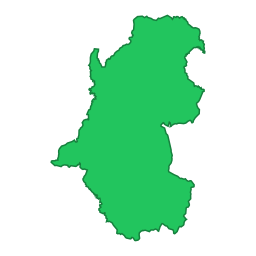 Mezquital del Oro, Zacatecas, Mexico (Natural Earth projection)
{"feature_id": "50627088B62290449256091", "entity_name": "Mezquital del Oro", "entity_type": "district", "adm_level": 2, "iso_a3": "MEX", "parent_name": "Mexico", "parent_adm1": "Zacatecas", "projection": "natural_earth1", "projection_center": [-103.336, 21.194], "detail": "fine", "context": "isolated", "style": "filled", "palette": "green", "viewbox_px": 256, "rotation_deg": 0, "n_neighbors": 0, "source": "geoboundaries", "source_scale": "gbopen_adm2", "svg_char_len": 5728}
<svg xmlns="http://www.w3.org/2000/svg" viewBox="0 0 256 256"><path d="M185.7,213.5L186.2,207.9L186.6,207.4L188.3,207.0L189.3,205.3L189.3,204.2L188.4,201.3L190.7,198.8L190.6,195.4L190.9,194.0L190.4,192.3L191.1,189.4L190.9,188.1L191.4,187.3L193.7,186.9L194.0,186.6L194.1,184.8L191.2,180.9L190.0,180.7L189.0,181.3L188.2,181.2L186.7,180.4L185.4,178.8L184.0,179.2L181.4,178.3L180.6,178.5L179.6,178.1L177.7,176.3L174.0,174.7L168.7,171.7L168.5,170.6L169.0,167.9L168.8,166.6L169.4,165.2L171.1,163.0L171.9,160.3L172.0,158.6L171.7,157.9L172.2,155.3L171.1,151.6L171.1,150.0L167.9,136.0L167.5,135.0L166.1,133.6L164.6,128.1L161.0,126.2L161.1,124.8L163.2,122.7L164.2,123.3L164.1,123.7L165.0,124.6L168.1,126.2L169.3,122.2L170.1,122.8L170.5,125.3L170.2,126.6L171.1,126.3L172.0,125.2L174.9,123.7L176.8,123.9L178.0,123.3L179.7,123.2L183.7,123.6L185.9,123.0L188.2,121.1L190.1,120.3L190.9,120.8L191.8,122.7L192.4,122.7L193.2,122.0L193.4,120.6L195.2,117.8L199.2,113.7L199.4,109.6L197.9,107.9L197.1,106.1L196.5,103.9L196.7,103.1L198.5,101.6L199.7,99.5L202.5,92.7L202.4,92.0L204.1,91.3L204.1,89.8L203.7,89.4L201.3,89.2L201.0,88.8L201.3,88.3L201.1,87.6L200.3,88.0L199.5,87.6L199.2,86.8L198.4,86.8L198.3,86.3L197.7,86.8L197.2,86.2L195.8,85.9L194.9,85.8L194.4,86.2L193.7,82.9L187.8,78.8L187.8,76.4L186.7,75.3L186.8,73.6L185.2,72.8L184.9,72.2L185.0,70.2L184.7,68.8L184.0,67.6L184.3,66.5L185.8,66.1L186.5,65.4L186.1,63.6L187.0,62.0L184.7,57.8L185.0,56.4L186.2,55.9L186.0,54.4L186.4,54.0L187.3,54.4L187.9,53.2L189.1,53.2L189.2,51.9L193.8,47.6L196.0,47.6L196.8,47.0L197.3,47.4L197.9,46.8L198.3,47.8L198.8,47.8L199.2,47.1L199.7,47.2L200.2,48.0L199.7,48.7L200.9,48.9L200.9,49.8L202.3,50.1L203.3,51.6L202.9,52.3L204.2,53.1L204.7,53.0L204.8,51.3L203.8,50.5L204.3,48.4L203.8,46.2L204.3,44.3L203.0,42.6L203.4,41.2L202.1,40.8L201.8,40.1L201.2,39.9L199.9,40.4L199.9,39.8L199.0,39.2L199.4,38.0L198.9,36.6L199.4,35.9L199.7,33.9L200.0,33.5L199.8,31.1L199.0,29.2L196.8,28.1L195.0,27.7L193.9,28.1L191.9,27.3L191.8,26.8L191.2,26.7L190.7,25.9L188.3,24.2L187.8,23.2L187.7,22.2L186.3,20.7L185.6,19.1L184.6,19.4L184.2,19.1L184.4,18.4L184.0,17.8L183.3,18.0L182.2,16.7L181.0,17.0L179.6,18.1L177.8,16.6L176.5,16.6L176.0,17.4L174.0,16.7L173.6,16.8L173.4,17.9L172.4,19.3L171.5,17.9L167.4,15.4L160.0,18.6L158.4,18.2L156.4,20.4L153.2,19.8L151.1,18.4L147.8,17.5L146.8,16.3L144.5,17.6L142.3,16.2L137.5,16.6L134.2,19.3L133.5,20.4L134.1,24.1L133.7,29.0L133.5,29.9L132.2,31.0L131.7,32.7L132.0,33.8L132.9,34.7L133.1,35.6L132.5,35.7L132.0,37.3L129.8,37.4L129.3,37.8L129.1,38.7L129.5,39.5L130.7,40.2L130.9,41.3L130.6,42.3L129.2,43.9L128.1,44.5L126.4,44.2L125.4,45.0L123.0,45.6L122.5,46.7L119.8,48.3L119.0,50.1L117.0,51.2L115.1,52.8L113.6,55.6L111.6,56.1L110.7,57.1L110.4,58.3L109.8,59.2L109.2,59.3L108.8,58.5L106.5,60.2L106.5,61.3L105.5,62.8L105.9,63.4L105.2,66.5L104.8,67.0L101.9,67.0L100.6,63.9L99.6,63.0L99.0,60.5L98.3,60.3L98.4,59.1L97.4,58.4L97.1,57.6L97.5,53.1L98.4,51.3L98.5,49.2L94.4,48.8L93.8,51.1L91.2,54.0L90.4,57.5L90.4,61.9L89.9,63.8L88.8,65.3L89.4,65.6L90.1,67.4L89.9,68.8L90.9,70.2L90.8,70.6L91.2,70.8L90.4,71.5L90.7,75.2L90.2,76.5L90.8,77.0L91.0,79.0L92.7,79.9L92.8,81.3L93.9,80.8L94.5,81.1L94.6,82.1L94.1,82.6L94.6,83.3L94.4,84.0L94.9,84.4L94.1,86.1L93.1,86.8L92.1,86.9L91.8,87.9L90.8,88.7L89.7,88.5L89.0,89.3L89.4,90.2L90.8,90.2L91.2,90.6L90.0,92.8L90.2,93.9L90.7,94.1L92.1,92.8L92.6,93.7L94.2,93.2L94.8,93.8L94.1,95.2L94.3,95.8L95.4,95.8L96.0,96.7L95.0,97.6L95.7,98.7L95.0,98.7L94.6,99.4L93.6,98.9L92.2,100.6L91.9,101.5L92.6,101.9L92.2,102.1L91.6,103.9L91.8,104.6L90.7,106.4L90.2,109.4L88.8,109.9L87.1,113.8L86.9,114.5L88.4,114.7L88.6,119.6L88.2,119.8L87.3,119.1L86.9,119.5L85.8,119.5L83.8,120.3L82.2,122.8L82.9,124.2L82.9,125.5L81.8,127.2L80.5,128.1L80.1,129.2L79.1,130.1L78.9,135.3L78.4,136.6L78.4,138.1L77.0,138.5L76.7,139.1L77.2,141.6L76.0,142.1L75.3,141.6L74.4,140.1L72.1,141.6L67.4,143.1L65.9,144.5L64.5,145.2L61.6,146.1L59.5,148.7L58.7,150.6L58.7,153.0L59.0,153.9L58.6,154.9L58.5,156.8L57.8,158.5L57.9,160.1L55.9,160.2L54.9,160.8L52.2,160.8L51.5,161.1L51.2,162.3L54.9,165.6L56.5,165.4L61.1,166.6L62.5,165.4L64.3,164.9L66.4,165.1L67.9,165.4L68.2,166.6L69.3,167.2L70.9,165.7L75.8,166.4L76.8,165.9L77.7,164.7L78.2,164.9L78.9,164.3L79.7,163.0L80.3,163.8L80.0,167.1L81.5,168.7L83.0,169.4L84.2,169.0L87.3,170.0L85.6,174.7L84.0,176.6L83.9,177.7L83.1,178.5L83.0,179.8L84.0,181.8L85.6,183.1L85.4,184.1L86.5,185.4L86.1,186.3L88.1,187.0L89.4,189.3L90.3,189.1L90.6,190.2L91.2,190.5L91.6,191.5L93.4,192.9L93.6,193.5L94.1,193.6L94.2,194.4L95.0,194.9L95.2,195.6L95.4,195.1L95.6,195.5L96.1,195.1L96.3,195.5L96.7,195.3L96.6,195.8L97.3,196.0L96.5,197.6L96.9,197.6L97.3,198.3L98.1,198.2L98.5,199.0L99.8,198.3L100.2,199.3L99.9,202.3L100.7,201.9L101.8,203.6L101.8,204.2L101.2,204.7L99.7,204.9L99.7,205.9L100.9,207.1L98.9,208.9L99.0,210.2L99.8,210.6L100.0,212.2L103.1,213.6L103.7,213.7L104.4,212.8L105.0,213.0L104.6,215.0L106.0,216.0L106.0,218.1L107.2,218.8L106.5,221.7L107.8,221.2L108.3,221.6L109.6,221.4L112.1,222.8L113.5,225.3L117.2,229.7L116.8,233.2L117.5,233.7L119.8,233.6L120.7,234.4L121.9,233.6L124.4,235.6L125.6,237.5L126.7,238.1L130.4,238.9L131.1,238.6L131.6,237.5L132.4,237.5L133.3,238.1L134.8,240.4L135.6,240.6L138.0,240.1L139.3,238.9L139.6,238.2L139.1,234.9L139.3,232.9L140.9,231.3L142.8,230.4L143.0,230.7L145.2,230.2L149.4,231.6L150.7,230.2L151.8,229.9L153.3,230.1L155.4,229.0L157.0,229.6L157.8,230.8L158.6,231.2L160.1,226.6L162.0,223.6L162.7,223.7L165.5,225.8L166.9,226.0L169.0,228.7L172.9,229.8L173.6,231.3L173.7,233.2L174.4,233.7L175.0,233.5L177.1,231.6L178.9,227.2L179.8,226.4L181.1,226.9L183.3,225.3L183.8,224.7L184.1,222.3L184.8,220.8L186.5,219.3L185.4,218.7L184.9,217.5L183.7,216.4L183.9,215.2L185.7,213.5Z" fill="#22c55e" stroke="#15803d" stroke-width="1.5"/></svg>